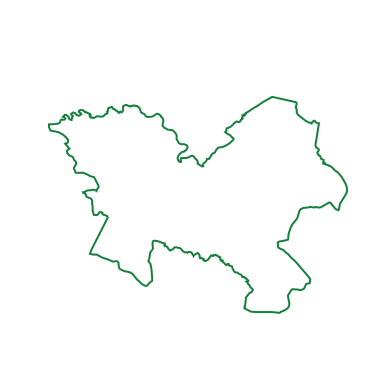 outline of Boulgou, Boulgou, Burkina Faso, rotated 100°
{"feature_id": "67063806B79770817740465", "entity_name": "Boulgou", "entity_type": "district", "adm_level": 2, "iso_a3": "BFA", "parent_name": "Burkina Faso", "parent_adm1": "Boulgou", "projection": "natural_earth1", "projection_center": [-0.458, 11.461], "detail": "fine", "context": "isolated", "style": "outline", "palette": "green", "viewbox_px": 384, "rotation_deg": 100, "n_neighbors": 0, "source": "geoboundaries", "source_scale": "gbopen_adm2", "svg_char_len": 6053}
<svg xmlns="http://www.w3.org/2000/svg" viewBox="0 0 384 384"><g transform="rotate(100 192 192)"><path d="M261.5,60.3L257.6,60.3L256.0,61.6L244.5,75.5L241.8,79.1L239.6,82.7L236.2,87.0L235.8,88.3L233.3,91.8L232.4,95.8L231.7,97.4L227.0,98.8L226.4,98.5L225.8,97.7L223.3,91.3L222.1,89.1L216.6,89.6L210.6,88.8L206.9,87.8L199.7,83.8L192.1,82.9L190.2,82.1L188.4,79.8L187.0,74.7L186.2,73.7L186.0,68.9L185.3,67.5L185.3,64.1L184.5,62.3L178.4,55.0L178.6,53.7L183.7,47.8L184.3,46.1L184.4,44.5L180.5,44.2L178.1,44.3L167.1,39.9L164.0,39.4L162.3,39.8L159.9,40.6L156.9,42.4L151.1,47.3L147.5,51.6L145.8,55.2L143.4,58.4L142.5,60.2L142.4,61.8L141.8,62.8L141.9,64.1L141.4,65.4L141.5,66.2L141.0,66.3L141.1,67.3L140.4,66.8L140.3,67.9L139.9,68.0L139.4,67.5L137.6,68.0L136.9,70.5L134.7,71.9L134.0,72.5L133.9,73.7L133.0,74.1L131.9,75.4L130.7,75.3L129.8,74.6L128.0,74.5L127.1,76.0L126.8,77.3L124.4,78.6L102.4,78.9L102.6,79.4L101.8,82.4L100.6,83.4L100.7,84.6L102.8,85.8L103.0,86.4L103.8,86.2L103.8,86.6L103.3,86.9L103.2,89.3L102.2,92.4L98.1,100.0L97.0,101.5L95.5,102.8L93.0,103.0L90.5,104.6L87.4,104.2L86.0,104.5L85.5,105.2L84.4,129.5L90.9,137.5L96.7,143.4L98.0,145.2L104.7,152.3L104.7,152.7L105.3,152.7L106.0,153.4L106.5,153.1L107.1,153.5L106.9,154.6L107.3,154.8L107.8,154.4L107.9,155.5L108.7,155.0L109.9,155.5L110.8,154.9L111.3,155.6L111.8,155.5L112.4,156.5L114.2,156.8L115.1,158.0L114.8,160.3L115.7,161.5L120.5,164.8L123.0,168.0L123.0,168.6L124.2,169.1L126.3,168.8L127.2,169.7L128.5,167.5L129.2,164.8L131.0,162.4L132.0,160.3L133.4,160.4L137.5,163.5L140.2,166.5L142.5,169.9L143.3,172.8L144.1,174.1L146.8,175.7L149.1,176.3L150.8,178.6L151.4,179.0L154.5,180.1L155.2,180.7L156.1,180.6L156.8,181.6L156.8,182.9L159.1,183.3L162.0,185.7L163.1,186.0L164.7,185.4L164.9,185.6L165.0,186.8L163.2,191.2L162.3,191.6L161.6,191.5L160.0,192.4L156.2,197.5L156.6,199.1L158.3,201.1L159.5,203.5L160.5,208.6L161.8,208.7L164.2,208.0L164.6,208.9L164.0,210.3L162.0,211.8L160.5,212.1L158.9,211.8L156.4,210.6L156.1,210.0L154.5,209.0L153.3,206.4L152.8,206.4L151.7,205.0L149.5,204.1L147.7,204.5L146.9,205.3L146.3,207.9L146.8,211.5L146.2,213.3L142.3,216.5L139.3,216.8L138.3,217.3L136.3,219.1L134.6,221.7L134.8,226.6L133.5,230.5L131.8,232.5L131.3,232.7L127.3,232.5L125.0,233.2L123.7,234.6L123.3,235.5L122.3,236.1L121.2,238.0L121.0,239.8L121.4,240.8L123.7,243.0L124.8,244.7L125.9,249.1L125.2,250.8L123.7,252.1L122.5,255.9L118.6,258.1L116.8,261.0L117.3,262.0L116.7,263.7L117.4,265.2L117.3,265.8L117.8,266.1L117.8,266.9L118.4,267.3L118.2,267.8L118.5,268.4L117.6,271.9L118.5,273.5L119.2,274.5L120.3,274.8L121.7,274.6L123.1,273.9L124.3,274.2L125.7,275.0L125.2,276.1L125.4,276.7L126.3,276.9L126.7,277.4L126.6,278.1L126.0,278.4L125.7,279.6L124.9,280.0L125.0,281.4L124.0,282.5L123.8,284.0L122.0,285.8L123.1,287.1L123.4,288.4L123.8,288.9L125.5,289.2L126.7,288.9L127.9,289.6L128.5,289.0L129.4,289.0L130.7,291.1L132.8,292.4L133.5,294.0L133.9,298.7L136.1,301.4L136.3,302.1L136.0,303.3L136.3,304.7L135.9,305.4L134.6,306.0L134.3,305.2L133.3,305.3L132.9,306.0L131.9,309.9L132.1,310.4L131.7,310.7L132.0,311.0L130.3,314.0L130.8,316.3L131.7,317.5L132.3,317.5L133.2,316.9L133.9,315.0L134.7,314.5L136.6,316.6L136.1,319.0L135.7,319.9L134.8,320.4L134.4,321.7L134.4,323.0L136.0,324.6L136.7,324.4L137.7,322.7L138.4,322.5L139.4,323.1L142.0,323.1L141.9,324.5L141.3,325.7L139.8,326.3L138.7,327.7L137.9,329.7L138.0,330.5L140.4,332.1L140.8,330.5L141.7,329.4L143.0,330.4L143.3,331.1L143.2,333.0L143.6,333.7L145.9,334.0L147.2,334.7L148.6,337.4L150.2,344.6L152.8,344.2L156.2,341.8L156.1,336.8L156.4,333.3L158.1,328.6L160.2,325.4L162.3,323.0L164.9,322.9L166.5,325.3L170.6,320.2L172.2,321.9L174.1,322.2L175.3,321.5L176.9,319.8L178.3,315.3L180.8,313.7L182.7,311.3L184.4,310.9L188.9,312.6L193.3,309.8L192.0,302.9L192.6,299.3L194.1,294.6L194.4,291.0L202.2,285.1L203.9,284.9L206.2,286.1L207.6,286.2L206.9,287.9L207.0,290.3L208.1,292.4L208.3,294.7L211.0,298.6L211.2,299.3L211.9,298.8L212.1,297.0L212.7,296.1L214.1,295.9L215.0,294.9L216.1,290.4L216.8,289.5L218.8,288.5L221.6,288.3L222.8,287.5L228.3,286.4L231.6,284.6L231.1,281.4L230.1,280.6L228.2,279.8L227.6,278.6L227.9,276.7L229.0,276.8L229.7,275.4L230.3,271.6L231.8,270.5L265.3,280.7L270.5,281.9L270.8,279.3L270.2,274.5L272.1,269.5L273.0,263.2L274.3,257.6L273.2,254.6L273.3,253.3L274.2,252.2L278.0,251.2L279.8,250.2L280.5,249.4L281.7,245.0L281.7,241.1L282.1,238.2L283.3,235.9L287.7,231.0L289.2,228.4L291.0,226.1L292.1,223.3L292.5,221.0L292.1,220.0L288.0,217.6L286.8,216.1L286.0,215.8L275.3,218.4L270.0,220.5L267.7,222.9L264.9,222.5L259.1,222.7L254.7,220.6L249.9,221.9L247.5,222.0L246.8,221.4L246.5,220.7L246.4,217.8L246.6,215.2L247.4,212.3L247.4,209.8L248.1,209.6L249.3,210.0L249.8,209.7L250.0,209.5L249.4,208.8L250.1,207.8L250.3,206.9L252.3,205.2L253.3,203.6L253.3,203.0L252.6,202.4L251.8,200.9L249.6,199.6L249.2,198.1L249.4,194.0L250.0,192.8L251.6,191.2L252.7,188.7L252.2,186.9L252.6,185.8L251.7,185.0L251.4,182.8L252.2,181.4L253.5,180.6L253.7,179.8L254.6,179.4L253.8,179.1L251.1,175.9L251.5,174.9L252.6,173.8L254.8,173.1L255.0,172.5L255.7,172.5L255.5,170.0L256.0,169.0L256.6,169.4L257.3,168.7L257.7,166.7L255.7,164.3L251.2,162.2L251.5,160.8L251.0,159.8L250.5,160.0L249.9,158.6L250.2,157.5L249.9,157.3L251.2,153.5L251.6,153.7L252.1,152.6L253.8,152.3L253.8,151.9L254.7,151.4L254.7,151.1L254.0,151.2L254.2,149.8L255.4,149.8L256.5,147.7L257.6,146.6L258.0,145.6L256.6,144.3L256.5,143.6L256.7,143.3L257.5,143.5L258.0,142.3L258.3,139.6L260.5,138.8L261.6,137.5L262.5,137.2L263.5,135.9L263.7,135.0L263.4,133.3L264.6,131.3L264.8,129.7L266.5,127.3L266.9,127.4L266.6,125.7L267.5,124.8L267.9,124.1L267.6,123.5L268.9,122.5L269.4,121.1L269.7,121.0L270.9,122.8L271.4,121.6L272.7,121.0L273.6,119.4L275.2,118.4L276.4,116.8L276.8,115.8L278.0,115.0L280.2,116.0L281.7,118.0L286.4,120.5L295.3,119.9L295.3,120.3L297.4,120.2L299.6,113.3L299.1,107.9L296.3,91.9L295.8,84.6L294.6,83.8L293.2,81.3L291.2,78.8L289.0,77.1L287.0,76.6L285.1,76.7L277.5,79.6L271.0,77.1L270.4,76.5L270.2,75.6L269.7,71.0L270.0,68.9L269.6,67.5L267.7,64.8L263.0,63.7L262.3,62.8L261.5,60.3Z" fill="none" stroke="#15803d" stroke-width="2"/></g></svg>